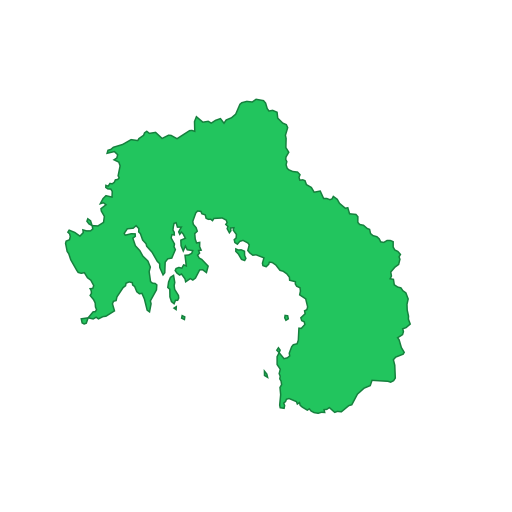 outline of Paraty, Rio de Janeiro, Brazil, rotated 118°
{"feature_id": "56859067B52906946638112", "entity_name": "Paraty", "entity_type": "district", "adm_level": 2, "iso_a3": "BRA", "parent_name": "Brazil", "parent_adm1": "Rio de Janeiro", "projection": "mercator", "projection_center": [-44.67, -23.142], "detail": "fine", "context": "isolated", "style": "filled", "palette": "green", "viewbox_px": 512, "rotation_deg": 118, "n_neighbors": 0, "source": "geoboundaries", "source_scale": "gbopen_adm2", "svg_char_len": 6156}
<svg xmlns="http://www.w3.org/2000/svg" viewBox="0 0 512 512"><g transform="rotate(118 256 256)"><path d="M298.4,75.7L287.3,82.2L283.1,86.0L279.7,85.2L273.6,80.0L271.5,79.9L268.6,84.7L262.8,90.3L261.7,92.6L256.6,89.7L253.6,90.3L251.4,92.3L248.8,89.9L243.7,87.9L240.2,91.8L237.5,93.1L232.8,97.1L227.8,100.0L222.5,101.5L218.2,106.4L217.7,110.1L216.1,113.1L216.9,116.3L216.5,120.4L212.1,123.7L213.1,126.9L210.1,127.0L206.9,129.5L200.6,128.1L196.5,126.1L191.3,127.4L189.6,129.3L186.8,129.2L185.4,132.9L185.5,136.3L183.7,139.1L179.0,141.6L179.2,144.5L180.7,147.5L184.0,149.5L185.0,152.5L183.0,155.3L182.2,158.3L183.1,162.3L182.4,165.4L179.2,168.2L179.5,170.8L178.4,175.5L179.5,179.3L178.5,181.9L173.5,184.5L172.4,187.3L174.8,193.2L170.3,197.6L171.9,199.5L171.3,202.5L170.3,207.0L167.8,210.9L167.1,215.7L170.0,215.7L171.6,217.2L172.0,220.5L173.5,223.3L168.5,229.8L172.4,234.6L169.5,239.3L169.3,245.0L166.5,248.1L166.8,250.5L168.5,252.9L166.3,255.0L163.6,255.3L162.4,258.7L164.2,263.4L164.5,267.7L163.8,269.8L161.3,272.3L158.2,273.1L156.8,275.1L154.5,276.0L149.0,275.8L146.3,280.5L138.1,284.6L135.6,286.7L127.8,288.3L125.8,290.9L126.1,294.9L124.1,301.5L119.2,304.9L119.6,309.7L121.9,312.6L120.6,315.3L116.5,319.3L115.3,322.3L117.6,329.5L121.8,331.6L123.8,336.7L127.3,340.5L129.5,341.4L140.3,340.5L145.4,342.5L149.9,346.2L153.8,346.6L151.4,351.9L155.2,355.4L159.7,357.9L159.5,361.4L162.8,365.7L161.0,374.0L166.2,373.4L174.7,368.6L175.2,371.5L176.5,373.5L189.5,380.8L189.4,387.6L190.4,389.9L196.3,394.1L194.0,402.7L197.8,407.7L197.2,411.0L199.6,412.2L202.2,411.9L207.3,414.5L209.6,414.6L211.9,420.9L220.1,426.1L227.0,433.0L229.9,434.1L232.1,436.3L235.2,435.7L230.3,430.1L231.5,425.7L234.8,424.9L237.7,426.5L237.5,421.2L240.2,418.3L249.9,415.4L251.2,413.5L253.3,414.0L254.8,415.9L257.5,415.7L259.8,416.9L260.5,419.0L263.7,419.3L264.1,421.7L266.0,420.8L266.3,418.3L265.1,415.6L266.5,413.2L271.6,410.8L273.2,416.8L277.1,418.0L282.9,418.0L280.6,415.7L281.2,412.5L287.0,415.1L288.9,413.7L292.2,408.5L297.9,406.4L303.7,409.7L306.1,415.0L308.7,412.8L311.5,413.9L313.4,417.4L314.2,421.1L316.4,419.5L321.1,420.8L320.3,427.1L320.9,433.1L323.3,433.3L323.9,431.0L326.0,429.1L329.2,428.3L332.0,430.6L334.2,430.1L340.6,424.9L341.9,422.4L346.3,417.8L352.7,407.7L354.0,405.3L353.3,402.2L351.3,399.7L354.3,394.6L354.9,390.5L358.3,385.4L361.3,384.9L362.7,387.1L364.0,385.2L366.2,383.8L368.7,383.9L370.8,378.9L372.9,376.0L376.4,373.8L378.2,371.6L380.5,371.7L381.8,373.6L389.4,375.2L388.0,370.2L385.1,368.4L385.5,365.6L381.4,362.7L379.6,360.2L370.9,355.2L365.6,360.3L362.9,360.6L361.0,358.6L357.4,359.6L346.3,358.5L343.5,357.2L341.1,358.0L338.4,355.8L337.6,352.7L339.5,351.3L339.9,348.8L343.5,344.5L344.1,341.2L342.5,339.2L346.3,334.4L354.9,326.7L355.3,323.8L347.5,326.2L345.2,328.2L332.6,328.0L328.1,330.0L327.6,332.2L328.6,334.6L328.1,337.1L320.0,343.0L315.4,344.1L311.2,349.1L309.2,355.9L305.8,361.1L303.6,367.3L298.1,373.1L295.3,371.8L293.2,373.1L294.9,376.6L299.0,381.2L297.9,383.0L292.4,382.4L289.1,377.5L285.5,376.1L286.8,372.3L289.8,370.9L290.5,368.6L295.1,363.6L296.8,358.8L298.7,357.1L301.5,349.5L307.1,340.6L308.0,337.5L311.4,335.5L316.3,329.2L313.6,328.7L304.1,333.3L299.9,332.6L297.4,329.4L288.2,330.2L286.3,332.8L283.7,333.6L279.9,339.4L276.6,340.3L275.8,338.0L273.4,339.4L272.1,341.5L269.3,342.6L265.7,343.7L264.1,342.2L267.4,338.9L265.5,335.5L271.0,335.6L272.6,333.5L269.9,333.2L270.7,330.7L273.5,326.7L277.3,329.8L282.1,327.0L285.7,322.6L280.4,323.0L282.8,319.6L280.9,314.4L283.8,314.0L286.8,316.0L288.7,319.0L297.5,312.9L297.8,315.7L301.6,315.8L302.3,318.7L304.6,320.7L306.8,320.5L308.2,317.8L308.7,314.5L306.9,313.3L309.5,308.0L311.8,306.0L306.8,303.4L306.9,300.5L303.9,299.1L294.7,299.2L293.2,296.7L293.9,292.0L287.4,293.5L284.5,302.3L284.5,305.2L282.7,308.0L279.9,307.2L278.1,309.3L276.6,307.2L274.2,310.2L270.4,312.1L272.4,314.6L269.6,317.6L265.0,320.6L261.7,319.5L259.1,322.2L257.5,326.2L255.1,328.1L246.2,329.4L243.7,328.7L242.5,325.6L244.1,323.6L243.5,320.1L246.1,317.8L246.0,315.3L244.8,313.3L245.2,311.0L242.6,310.8L238.3,303.7L238.3,299.1L240.1,297.2L242.3,297.5L243.1,294.6L245.4,294.3L248.0,290.4L245.5,290.0L243.2,291.6L241.4,288.8L243.8,288.3L246.2,283.4L249.4,282.0L251.8,282.9L254.0,281.0L254.3,278.0L250.7,277.2L248.3,274.8L248.3,269.4L249.3,267.2L255.0,265.8L256.2,262.9L256.8,259.2L254.9,256.5L253.9,248.1L259.4,246.9L261.2,245.4L260.7,242.0L257.4,240.9L255.2,241.3L254.1,238.6L254.6,234.3L257.4,228.1L256.7,224.9L257.3,220.4L259.0,216.6L261.6,214.9L260.2,209.1L262.2,208.2L263.6,205.9L263.4,202.2L266.1,200.3L269.8,199.2L270.5,192.0L276.7,186.5L279.5,185.9L281.6,187.4L283.9,185.5L289.5,187.4L291.6,185.3L291.4,182.6L293.5,180.7L298.6,182.0L299.6,184.2L310.5,179.1L314.2,178.5L316.8,181.4L319.4,181.9L326.2,181.0L328.4,179.3L331.2,180.5L333.5,183.1L330.5,190.2L335.0,190.1L341.9,186.4L344.6,181.4L349.0,180.3L350.7,178.2L353.3,177.3L354.6,175.2L357.5,173.0L360.8,173.1L366.9,169.1L376.5,165.1L378.6,163.4L377.3,159.7L374.6,160.5L372.9,162.5L370.6,161.6L368.2,161.9L366.3,159.9L365.6,151.9L367.3,150.0L365.0,148.8L367.1,146.9L367.7,144.2L368.0,138.3L365.9,137.2L367.0,134.6L367.0,131.2L365.7,127.3L363.3,124.9L361.9,121.9L359.7,123.8L358.2,121.5L355.4,120.1L357.1,113.1L355.0,111.2L353.5,107.5L344.5,103.8L342.4,101.6L330.3,101.6L321.9,98.5L316.8,94.3L311.3,95.2L304.7,80.7L304.2,77.9L301.5,76.0L298.4,75.7ZM331.9,304.4L329.4,304.5L327.3,305.9L323.7,312.1L320.5,314.4L317.5,315.3L311.8,319.7L315.0,321.5L320.0,321.0L325.2,319.1L325.8,316.5L332.5,312.8L336.0,309.2L336.6,305.9L333.0,306.3L331.9,304.4ZM261.4,276.0L262.5,272.5L265.8,267.2L265.3,263.9L262.9,263.8L260.9,266.3L257.2,268.4L257.5,271.9L259.1,274.6L259.2,277.1L261.4,276.0ZM389.4,375.2L393.5,380.8L396.7,378.1L396.7,375.8L395.0,374.3L389.4,375.2ZM306.1,415.0L302.6,418.6L302.1,422.0L304.7,421.6L306.1,418.5L306.1,415.0ZM297.1,201.6L298.7,199.4L296.3,198.0L293.9,200.0L294.8,202.4L297.1,201.6ZM357.5,192.4L357.7,188.8L355.2,191.0L353.7,194.5L357.5,192.4ZM330.5,190.2L327.8,190.5L326.5,193.1L329.4,193.4L330.5,190.2ZM345.8,292.5L345.7,289.4L343.2,290.3L343.3,293.2L345.8,292.5ZM340.8,301.4L338.2,302.6L340.5,303.9L340.8,301.4Z" fill="#22c55e" stroke="#15803d" stroke-width="1.5"/></g></svg>